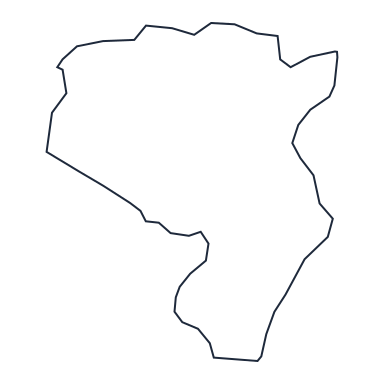 Storfors, Värmland, Sweden
{"feature_id": "70781695B43025182622692", "entity_name": "Storfors", "entity_type": "district", "adm_level": 2, "iso_a3": "SWE", "parent_name": "Sweden", "parent_adm1": "Värmland", "projection": "albers", "projection_center": [14.297, 59.484], "detail": "fine", "context": "isolated", "style": "outline", "palette": "slate", "viewbox_px": 384, "rotation_deg": 0, "n_neighbors": 0, "source": "geoboundaries", "source_scale": "gbopen_adm2", "svg_char_len": 814}
<svg xmlns="http://www.w3.org/2000/svg" viewBox="0 0 384 384"><path d="M46.6,151.9L78.9,171.4L103.3,185.8L130.1,203.0L140.5,210.9L145.8,221.3L158.8,222.7L170.6,233.1L188.9,235.8L200.7,231.8L208.5,243.6L205.9,260.6L190.2,273.7L179.7,286.8L175.8,297.3L174.5,311.7L182.3,322.2L198.0,328.8L209.8,343.2L213.8,357.6L257.5,361.0L261.3,356.4L266.3,334.1L274.4,311.8L285.5,294.6L304.6,259.2L327.8,236.9L332.8,218.7L319.6,203.5L313.5,175.3L300.4,158.2L292.3,143.1L298.3,124.9L310.3,109.7L325.0,99.6L329.4,96.6L334.4,85.5L337.4,57.3L337.0,51.8L334.9,51.5L310.2,56.8L290.6,67.2L280.2,59.4L277.6,36.0L256.7,33.4L234.6,24.3L211.1,23.0L194.2,34.8L172.1,28.2L146.0,25.6L134.3,39.9L103.0,41.1L77.0,46.3L62.6,59.3L57.3,67.2L62.6,69.7L66.4,93.2L52.0,112.7L46.6,151.8L46.6,151.9Z" fill="none" stroke="#1e293b" stroke-width="2"/></svg>